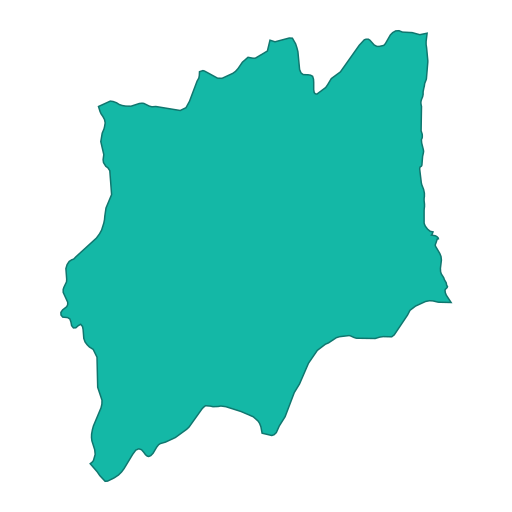 an SVG outline of Huíla
{"feature_id": "AGO-1891", "entity_name": "Huíla", "entity_type": "Province", "adm_level": 1, "iso_a3": "AGO", "parent_name": "Angola", "parent_adm1": "", "projection": "equal_earth", "projection_center": [15.141, -14.853], "detail": "fine", "context": "isolated", "style": "filled", "palette": "teal", "viewbox_px": 512, "rotation_deg": 0, "n_neighbors": 0, "source": "natural_earth", "source_scale": "10m", "svg_char_len": 3761}
<svg xmlns="http://www.w3.org/2000/svg" viewBox="0 0 512 512"><path d="M427.1,33.2L426.1,41.5L426.1,44.5L426.6,47.8L427.8,60.6L427.8,62.1L426.4,78.8L426.2,79.6L424.8,83.1L424.6,83.9L424.3,86.3L423.9,87.7L423.1,91.8L423.1,94.4L422.8,95.9L422.6,96.8L421.6,99.2L421.1,100.9L420.9,102.1L420.9,103.2L421.0,104.1L421.3,105.7L421.5,106.4L421.1,130.8L422.2,134.2L422.3,135.3L422.3,137.1L422.1,138.1L421.4,139.6L421.5,141.1L421.7,143.1L423.3,149.5L423.6,151.2L423.4,152.8L422.6,156.4L421.9,165.0L421.7,165.6L421.5,166.0L421.2,166.3L420.7,166.6L420.2,166.9L419.9,167.5L419.7,168.4L419.7,169.3L421.3,182.7L421.8,184.8L423.6,189.4L424.4,193.2L424.4,195.3L424.4,196.6L424.2,197.6L424.1,198.9L424.1,200.7L424.5,204.1L424.5,206.7L424.3,208.0L424.1,210.2L424.1,222.7L424.1,223.0L424.5,224.3L425.2,226.0L427.5,229.1L430.2,231.3L433.0,231.9L432.1,234.3L431.5,235.1L435.0,235.7L436.0,236.1L437.1,236.8L438.1,237.8L438.4,238.8L437.2,239.1L436.0,242.8L435.6,243.8L435.2,245.1L435.6,246.4L439.8,253.5L441.0,256.5L441.4,260.1L440.4,268.4L440.6,271.8L441.3,273.9L443.8,277.9L444.3,279.5L444.7,280.2L445.4,281.4L446.2,282.8L446.7,285.5L447.0,285.9L447.3,286.1L447.5,286.6L447.1,287.6L445.4,289.3L445.0,290.2L445.3,292.7L446.3,295.2L451.1,302.5L438.3,302.2L432.9,300.9L429.5,300.7L425.5,301.5L415.5,306.1L410.0,310.3L407.5,315.1L394.2,334.9L391.7,336.8L383.2,336.6L379.7,337.1L375.2,338.5L356.3,338.2L353.8,337.4L350.1,335.7L348.7,335.6L339.5,336.7L336.3,337.7L328.5,342.9L325.4,344.2L317.3,350.4L308.5,363.2L299.5,384.0L294.3,392.5L285.1,416.7L279.3,425.9L276.3,432.6L274.1,434.7L271.8,435.5L262.1,433.2L260.9,426.8L259.6,423.4L258.1,421.1L253.3,416.8L241.0,411.5L225.9,406.7L220.8,406.0L218.1,406.5L213.0,406.7L210.4,406.1L205.5,405.7L203.4,407.4L202.0,408.9L189.0,427.1L186.9,429.1L175.4,437.5L165.5,442.1L160.3,443.6L158.6,444.7L156.7,447.1L153.1,453.2L150.8,455.6L148.7,456.5L147.2,456.1L145.5,454.7L143.7,452.2L141.5,449.7L138.8,448.8L135.8,450.1L132.7,454.3L124.0,468.7L121.6,471.9L118.5,475.0L114.3,477.8L107.6,481.1L105.1,481.3L99.8,475.6L97.2,471.8L90.2,463.7L92.3,462.0L92.7,461.5L93.4,460.6L95.2,454.4L94.7,449.7L91.9,440.8L91.5,437.5L91.6,434.1L92.4,429.7L93.4,426.0L101.0,407.9L101.9,404.1L102.0,400.2L97.7,387.3L97.0,357.2L93.2,349.4L89.4,347.0L87.1,344.7L85.1,342.0L83.8,338.4L83.1,329.5L82.5,326.5L80.7,324.3L78.3,325.6L75.8,327.8L73.4,327.9L71.6,325.6L71.0,322.3L69.9,319.0L67.7,317.6L62.7,317.1L61.0,315.0L60.9,312.4L62.6,309.9L66.7,306.7L67.7,304.6L67.7,302.2L63.2,292.4L63.2,289.4L63.9,287.3L66.5,281.9L66.7,279.4L65.9,268.6L67.1,264.6L69.2,261.4L71.7,259.8L73.7,259.1L76.0,256.7L96.4,238.1L99.5,233.9L101.6,230.1L103.8,223.1L104.5,219.7L104.8,216.2L106.0,208.0L111.6,194.6L109.8,170.7L107.9,167.8L105.8,166.3L103.5,162.6L103.1,159.7L103.8,154.6L100.8,141.6L102.2,133.2L104.0,128.9L104.5,126.9L105.2,122.9L104.5,119.5L102.9,116.5L101.1,113.9L100.0,111.4L98.5,106.5L110.3,101.1L113.1,101.5L116.6,102.8L119.2,104.5L122.2,105.5L125.7,106.1L131.0,106.2L139.3,103.5L142.0,103.2L143.8,103.4L149.3,106.1L152.0,106.8L155.9,106.5L180.2,110.5L186.0,107.7L189.5,101.3L197.1,81.1L198.8,78.1L199.3,75.6L199.5,71.7L202.9,70.6L204.4,71.0L208.7,73.3L217.6,78.2L222.1,78.3L232.9,73.3L235.5,71.4L238.1,68.5L242.4,62.2L248.0,57.3L252.9,58.2L255.3,58.2L267.4,51.0L270.0,40.2L275.0,41.8L289.3,38.0L292.4,38.2L295.6,43.8L297.0,48.1L297.9,51.7L299.6,69.6L301.0,72.9L303.2,74.6L308.3,74.8L310.6,75.2L312.6,76.3L313.5,79.2L313.7,82.4L313.7,89.7L314.2,92.6L315.3,93.8L316.9,94.1L325.7,87.5L327.6,84.8L331.3,78.6L340.4,71.9L359.3,45.2L364.3,39.8L366.1,39.2L368.3,39.2L369.9,40.2L374.2,45.0L376.9,46.4L379.4,46.4L383.8,45.4L385.4,43.6L390.4,34.9L392.7,32.6L395.7,30.9L399.0,30.7L402.5,32.1L412.2,32.6L416.5,33.8L419.8,34.7L427.1,33.2Z" fill="#14b8a6" stroke="#0f766e" stroke-width="1.5"/></svg>